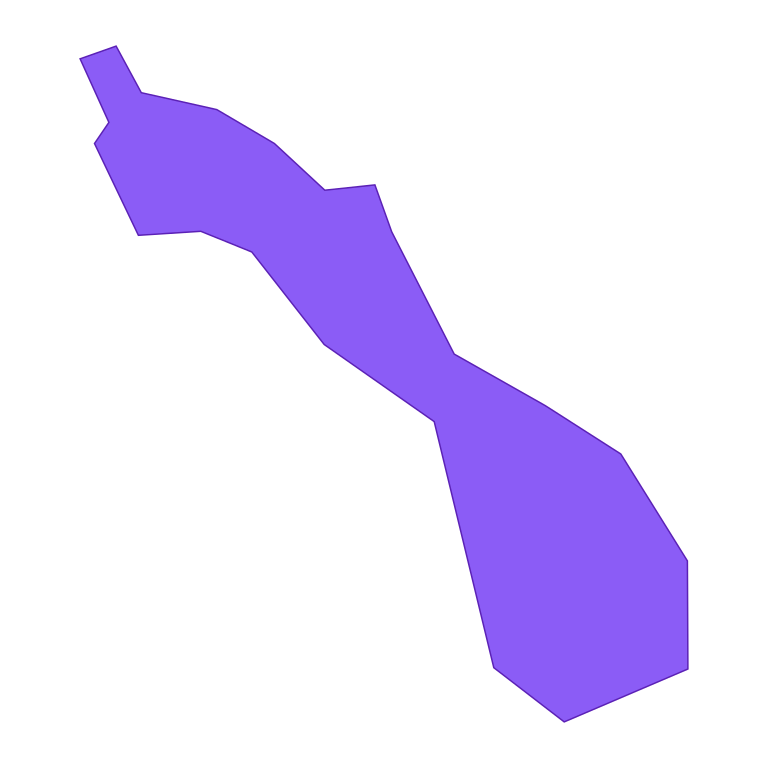 SVG path tracing the border of Saint George Basseterre
{"feature_id": "KNA-5101", "entity_name": "Saint George Basseterre", "entity_type": "Parish", "adm_level": 1, "iso_a3": "KNA", "parent_name": "Saint Kitts and Nevis", "parent_adm1": "", "projection": "natural_earth1", "projection_center": [-62.687, 17.269], "detail": "fine", "context": "isolated", "style": "filled", "palette": "violet", "viewbox_px": 768, "rotation_deg": 0, "n_neighbors": 0, "source": "natural_earth", "source_scale": "10m", "svg_char_len": 403}
<svg xmlns="http://www.w3.org/2000/svg" viewBox="0 0 768 768"><path d="M374.9,184.9L391.7,231.8L454.2,354.1L545.2,405.6L620.8,454.0L687.4,560.9L687.9,669.0L564.2,721.9L493.8,667.7L434.2,421.6L324.2,344.5L251.8,252.0L200.8,231.3L138.4,235.3L94.5,143.5L108.9,122.4L80.1,58.8L116.1,46.1L141.3,92.7L216.8,109.6L274.4,143.5L324.8,190.2L374.9,184.9Z" fill="#8b5cf6" stroke="#5b21b6" stroke-width="1.5"/></svg>